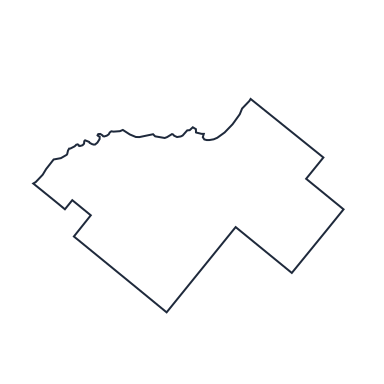 Marquette, Michigan, United States of America (Natural Earth projection), rotated 309°
{"feature_id": "52423323B1149606066361", "entity_name": "Marquette", "entity_type": "district", "adm_level": 2, "iso_a3": "USA", "parent_name": "United States of America", "parent_adm1": "Michigan", "projection": "natural_earth1", "projection_center": [-87.624, 46.449], "detail": "fine", "context": "isolated", "style": "outline", "palette": "slate", "viewbox_px": 384, "rotation_deg": 309, "n_neighbors": 0, "source": "geoboundaries", "source_scale": "gbopen_adm2", "svg_char_len": 1230}
<svg xmlns="http://www.w3.org/2000/svg" viewBox="0 0 384 384"><g transform="rotate(309 192 192)"><path d="M246.5,320.7L273.9,320.7L274.1,272.4L301.5,272.4L301.2,179.0L298.9,179.3L288.4,178.4L282.5,180.2L270.2,180.9L258.8,179.9L250.0,177.5L246.6,175.7L243.4,172.9L241.7,170.9L240.6,168.5L241.4,165.9L244.6,164.6L243.2,162.8L240.9,158.0L240.8,157.6L243.3,155.5L242.8,151.9L238.6,151.3L236.9,149.5L230.0,149.2L228.1,148.3L225.3,145.8L224.5,142.7L224.8,141.2L224.4,140.0L219.0,138.1L216.8,136.8L212.1,128.4L212.1,128.0L212.4,125.4L201.5,116.5L199.4,113.7L197.6,107.5L196.7,99.2L193.9,97.7L189.5,93.0L188.4,91.1L186.5,90.6L184.4,91.0L182.1,90.3L179.9,88.8L179.4,87.8L179.7,86.8L179.4,84.2L178.0,82.7L176.6,82.9L176.5,83.6L176.9,85.4L175.0,86.9L170.8,87.4L167.9,86.8L167.0,85.8L166.3,84.2L165.8,81.4L166.2,80.6L164.9,76.4L163.7,76.3L161.6,77.7L159.4,77.5L157.1,75.9L156.7,74.9L157.2,74.3L157.1,73.2L155.9,72.3L154.6,72.2L153.5,72.0L149.2,70.1L148.4,69.2L146.1,69.6L143.0,71.1L142.0,71.2L135.8,68.8L130.2,64.0L118.0,64.2L111.5,65.1L107.5,64.8L101.4,64.3L98.7,63.3L98.7,92.0L98.6,104.1L110.3,104.1L110.2,128.0L83.1,128.2L82.8,199.9L82.5,248.0L192.2,248.0L191.9,320.5L246.5,320.7Z" fill="none" stroke="#1e293b" stroke-width="2"/></g></svg>